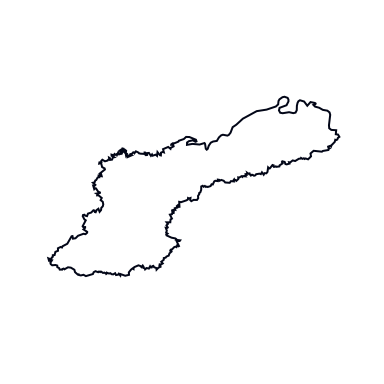 Santa María, Herrera, Panama (orthographic projection), rotated 342°
{"feature_id": "35544464B33325407624230", "entity_name": "Santa María", "entity_type": "district", "adm_level": 2, "iso_a3": "PAN", "parent_name": "Panama", "parent_adm1": "Herrera", "projection": "orthographic", "projection_center": [-80.702, 8.094], "detail": "fine", "context": "isolated", "style": "outline", "palette": "ink", "viewbox_px": 384, "rotation_deg": 342, "n_neighbors": 0, "source": "geoboundaries", "source_scale": "gbopen_adm2", "svg_char_len": 6074}
<svg xmlns="http://www.w3.org/2000/svg" viewBox="0 0 384 384"><g transform="rotate(342 192 192)"><path d="M195.3,139.2L194.6,139.9L190.4,140.2L188.8,139.7L187.0,140.3L186.8,140.7L188.7,141.4L188.6,142.9L185.5,143.4L184.9,144.3L183.3,141.8L177.7,142.3L177.5,145.6L176.5,144.8L174.7,145.0L173.7,147.6L172.9,147.1L171.5,143.4L169.9,146.8L169.0,145.3L165.8,145.3L165.6,143.9L164.1,144.9L163.1,141.5L161.6,141.2L160.8,142.9L159.5,142.7L159.2,142.2L160.1,140.8L159.8,140.1L159.1,139.8L158.6,141.1L154.8,139.6L153.5,138.8L153.3,138.0L151.2,136.0L149.3,137.3L149.1,136.4L148.4,136.1L146.7,137.1L145.0,136.9L144.4,137.6L145.7,138.5L141.6,138.9L142.3,137.2L141.5,136.5L140.5,137.3L140.6,136.2L141.7,135.4L140.7,134.7L139.8,132.6L141.4,133.8L142.1,132.4L141.1,130.9L139.4,130.7L140.1,129.6L139.3,129.1L138.1,130.9L137.4,130.8L137.7,129.8L136.2,130.2L136.2,131.3L137.2,132.1L138.3,131.2L139.3,131.6L137.1,133.7L136.5,132.5L136.0,133.7L134.3,133.7L134.1,131.5L132.0,133.7L131.8,132.7L130.2,133.0L130.0,132.0L128.6,132.7L127.0,131.6L126.7,132.7L128.7,134.9L127.3,134.8L126.0,136.5L124.1,136.2L124.4,134.5L123.7,133.7L123.4,135.6L122.3,135.4L121.4,136.0L118.7,135.9L116.7,133.6L115.3,134.4L115.1,135.6L113.1,135.2L112.5,136.3L114.5,136.5L114.2,140.5L116.2,142.6L116.1,143.7L109.6,146.1L109.5,146.7L111.1,146.2L111.0,149.1L108.3,147.8L108.3,149.3L106.8,149.0L104.6,151.0L103.5,151.2L102.4,152.7L100.7,152.6L102.3,155.4L101.2,156.0L100.0,155.4L99.9,159.1L101.1,158.5L101.8,158.9L102.8,162.5L104.3,164.0L104.0,164.5L100.8,164.0L101.5,164.8L100.8,165.9L102.1,166.3L104.3,169.8L102.6,171.5L104.1,173.7L103.8,176.3L102.7,178.1L100.9,179.0L99.9,181.1L98.0,182.3L97.8,179.0L95.7,179.7L94.1,181.5L93.4,181.0L93.4,179.4L92.6,178.9L89.8,180.4L86.4,180.4L84.7,182.5L83.1,181.5L82.7,180.4L81.3,180.2L80.6,181.2L81.2,184.8L82.2,186.1L77.4,190.8L77.7,191.7L79.5,192.3L79.3,193.0L77.2,194.0L80.0,197.5L79.7,198.3L77.7,199.2L75.9,198.2L70.1,198.4L66.9,200.0L64.4,199.6L64.7,197.0L63.8,196.9L57.4,202.7L52.1,203.6L51.2,204.6L50.1,203.7L47.1,204.1L46.4,206.5L43.6,206.7L41.8,209.5L40.1,209.1L39.6,210.6L38.2,211.1L37.4,212.8L34.9,210.7L34.8,213.3L37.4,213.9L35.4,215.6L35.4,217.0L36.4,218.5L39.5,219.2L41.1,220.3L40.7,221.9L42.1,223.3L42.2,224.9L44.5,225.7L44.9,225.2L46.3,225.2L46.8,226.1L50.8,225.3L53.4,226.5L56.1,229.6L56.0,232.1L57.9,235.3L58.7,235.3L58.7,235.9L60.5,237.0L63.2,237.2L65.1,239.2L72.4,239.4L73.7,237.9L75.7,237.5L78.0,239.3L79.0,238.9L79.9,239.8L80.8,239.5L82.4,241.5L83.8,241.6L84.7,242.8L85.5,242.5L85.4,243.3L86.6,242.9L87.9,243.9L89.3,244.0L90.1,245.3L91.6,246.0L93.8,245.5L94.1,247.5L96.1,247.8L97.1,247.1L98.0,249.3L98.7,248.0L102.6,251.0L106.5,251.3L107.1,248.9L110.0,247.0L111.9,246.3L112.6,247.2L113.1,246.0L114.0,245.6L118.4,245.2L120.2,246.6L120.7,247.8L122.4,246.7L122.8,248.1L122.3,249.1L123.5,250.1L123.5,251.1L125.4,250.3L127.3,251.5L129.2,249.7L129.6,251.1L130.4,251.3L131.3,250.3L132.4,250.3L132.7,251.8L134.6,253.3L134.3,254.9L136.7,253.6L139.0,253.4L139.1,252.6L138.3,251.9L138.9,250.8L140.2,251.3L142.1,250.9L141.2,248.9L144.2,247.7L144.8,246.1L146.6,246.3L147.8,245.5L150.2,245.3L151.6,243.4L154.2,242.3L154.2,241.5L153.3,241.0L153.9,240.3L155.5,240.3L158.1,238.9L159.5,238.9L160.2,239.6L161.4,238.2L162.4,239.5L162.9,239.4L162.2,234.3L162.8,234.0L165.1,234.8L165.8,234.3L161.9,232.5L162.4,231.8L161.8,231.0L158.4,229.1L154.4,225.4L154.4,224.4L155.9,224.0L154.9,222.6L156.1,221.0L156.0,217.9L157.5,218.5L158.0,218.2L157.4,215.8L159.2,214.9L158.5,213.0L162.0,214.1L163.1,211.5L164.7,211.1L164.0,206.7L166.1,206.9L166.8,205.8L168.0,206.3L168.8,204.5L167.3,204.0L167.4,203.3L169.6,203.2L170.6,203.8L170.7,202.1L173.0,202.3L173.2,200.7L174.4,200.2L174.6,202.0L175.5,202.2L176.8,197.4L178.5,198.3L184.3,198.2L185.8,197.8L186.4,196.5L187.2,197.2L188.7,197.2L187.8,199.1L188.5,200.5L191.1,200.0L194.3,201.1L196.0,199.8L196.5,197.6L198.2,196.3L198.4,195.3L199.8,194.9L201.4,192.8L202.5,189.6L204.1,189.4L204.7,190.6L206.1,190.2L206.8,191.5L207.7,191.4L208.5,192.1L211.5,192.1L213.0,190.7L214.1,191.3L216.4,188.8L217.6,188.5L219.9,189.6L220.4,188.2L221.7,188.9L221.8,189.8L223.6,189.6L225.6,191.1L226.5,193.2L230.7,194.9L232.4,193.7L234.9,194.8L234.8,193.9L236.0,193.0L236.1,194.1L237.0,194.0L237.6,195.1L240.0,194.0L240.5,192.4L241.3,192.9L243.8,192.3L244.5,193.1L244.8,192.5L247.6,193.6L247.3,192.8L249.1,192.7L248.7,191.6L250.5,191.7L250.5,190.9L251.4,192.1L252.4,192.1L252.3,193.2L253.3,193.7L253.2,194.5L255.0,194.4L256.0,195.7L257.4,195.7L258.5,194.9L261.8,195.4L263.0,196.3L264.6,194.9L265.5,197.7L266.8,196.5L268.5,197.2L270.0,196.2L272.0,192.1L272.7,193.5L273.3,193.6L276.9,191.2L277.7,191.8L277.2,192.3L277.7,193.5L279.6,193.5L279.9,194.1L283.0,194.7L283.6,193.7L287.0,192.8L286.8,191.2L287.4,190.7L289.4,192.0L289.5,194.3L290.6,195.0L293.5,195.1L293.5,193.7L294.5,194.2L297.5,193.1L299.7,194.4L303.9,193.4L305.7,193.8L306.2,193.3L307.3,194.6L308.8,194.5L309.3,195.4L310.4,195.2L312.5,196.8L316.2,194.9L316.6,192.0L320.4,190.4L328.0,193.8L329.1,193.4L334.7,194.2L335.4,193.2L336.3,193.0L335.4,192.0L335.5,190.9L338.1,190.8L338.4,191.6L339.2,190.6L343.2,188.5L344.4,186.6L345.2,187.2L346.4,187.0L347.4,185.7L349.2,185.1L348.6,182.5L346.6,181.5L348.2,177.8L343.7,176.0L342.2,173.8L342.9,170.8L347.3,161.3L347.4,158.8L345.9,156.5L341.8,154.3L339.0,151.2L335.4,148.8L334.4,146.7L336.5,146.6L336.9,146.0L336.4,145.3L332.5,143.1L328.3,145.6L326.6,140.6L323.0,138.1L321.2,138.6L319.9,139.9L318.4,142.4L316.9,146.6L315.0,148.5L312.7,148.3L309.0,146.1L302.6,145.1L300.4,143.9L299.9,141.3L301.3,139.0L308.7,138.7L311.7,135.7L312.3,133.9L312.0,132.0L309.4,130.0L307.3,129.8L303.8,130.9L302.4,132.2L301.0,135.3L298.2,136.6L288.4,136.7L278.5,135.1L263.0,138.0L254.9,141.7L250.7,142.9L247.0,147.5L244.6,149.1L243.1,149.3L239.1,147.1L237.3,147.1L234.5,148.4L231.4,151.1L227.7,150.5L225.1,150.9L222.3,153.1L220.3,155.8L219.1,156.3L218.5,155.1L219.3,150.2L219.0,149.3L213.9,149.2L207.3,146.4L201.8,145.6L202.6,143.4L204.7,142.7L208.8,143.1L210.8,145.3L211.9,145.2L211.9,143.5L206.5,138.9L203.4,137.8L200.6,139.1L195.3,139.2Z" fill="none" stroke="#020617" stroke-width="2"/></g></svg>